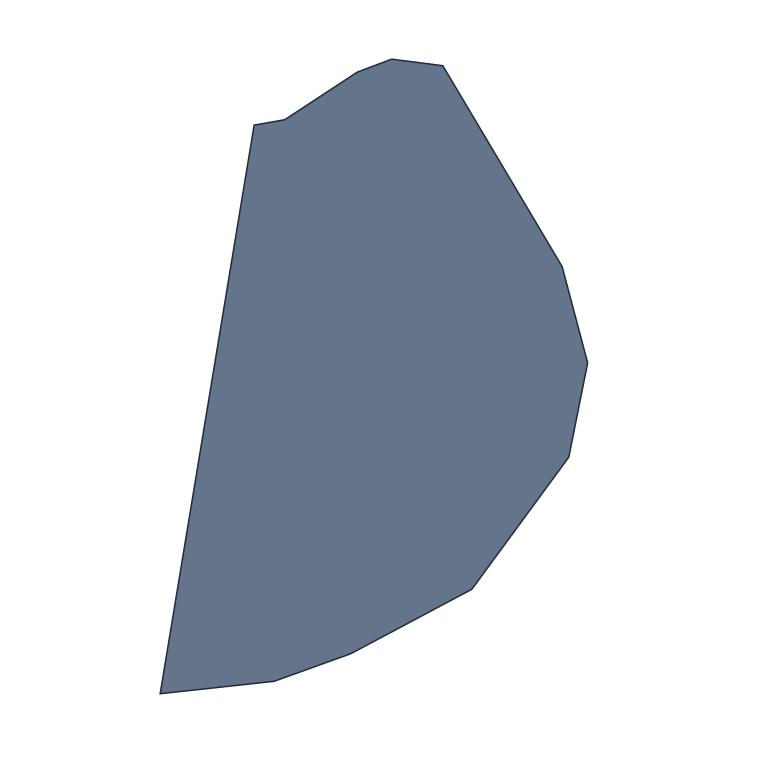 an SVG outline of Muta, rotated 274°
{"feature_id": "SVN-974", "entity_name": "Muta", "entity_type": "Municipality", "adm_level": 1, "iso_a3": "SVN", "parent_name": "Slovenia", "parent_adm1": "", "projection": "natural_earth1", "projection_center": [15.136, 46.624], "detail": "fine", "context": "isolated", "style": "filled", "palette": "slate", "viewbox_px": 768, "rotation_deg": 274, "n_neighbors": 0, "source": "natural_earth", "source_scale": "10m", "svg_char_len": 337}
<svg xmlns="http://www.w3.org/2000/svg" viewBox="0 0 768 768"><g transform="rotate(274 384 384)"><path d="M190.7,194.7L633.2,236.4L640.7,266.5L693.3,335.6L708.6,369.0L705.6,420.5L513.6,553.5L419.3,585.7L324.0,573.5L185.4,486.0L112.6,369.6L79.8,295.2L59.4,182.3L190.7,194.7Z" fill="#64748b" stroke="#1e293b" stroke-width="1.5"/></g></svg>